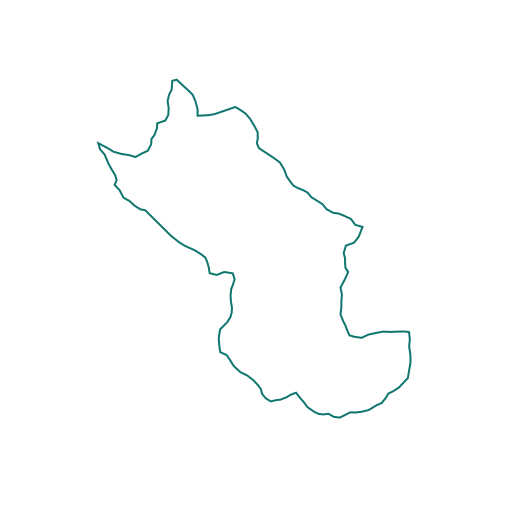 outline of Neves Paulista, São Paulo, Brazil, rotated 122°
{"feature_id": "56859067B65354392339928", "entity_name": "Neves Paulista", "entity_type": "district", "adm_level": 2, "iso_a3": "BRA", "parent_name": "Brazil", "parent_adm1": "São Paulo", "projection": "robinson", "projection_center": [-49.646, -20.875], "detail": "fine", "context": "isolated", "style": "outline", "palette": "teal", "viewbox_px": 512, "rotation_deg": 122, "n_neighbors": 0, "source": "geoboundaries", "source_scale": "gbopen_adm2", "svg_char_len": 2194}
<svg xmlns="http://www.w3.org/2000/svg" viewBox="0 0 512 512"><g transform="rotate(122 256 256)"><path d="M286.2,64.0L279.1,62.5L272.4,65.3L264.1,68.7L258.3,72.5L251.5,78.2L245.0,81.5L239.4,85.9L241.4,90.2L245.5,96.4L249.5,102.3L252.6,107.9L257.5,113.3L263.1,119.0L269.5,123.2L272.4,129.8L273.8,134.7L270.2,139.9L267.3,143.7L265.0,147.6L260.7,153.4L254.0,156.6L248.6,159.9L243.2,162.7L238.0,167.6L228.3,168.3L220.6,169.4L218.8,173.7L215.0,176.6L211.0,179.1L207.0,183.2L199.6,185.3L192.8,179.9L185.2,179.1L174.9,181.1L177.0,188.3L174.3,195.0L175.2,202.7L176.2,208.4L178.5,213.7L178.9,220.9L176.8,227.3L176.8,233.3L176.8,240.4L174.9,245.9L175.2,251.0L176.2,256.5L176.5,261.4L174.8,266.2L172.3,272.1L167.8,277.8L164.0,285.2L163.4,294.0L163.2,300.4L163.0,310.6L160.0,315.0L155.4,316.8L150.1,320.3L146.5,326.5L142.7,334.0L140.7,340.6L140.5,346.3L140.5,352.4L157.6,366.3L161.4,370.4L168.0,379.9L162.5,383.3L156.7,389.6L152.9,394.9L151.6,400.6L150.7,405.4L149.8,410.1L148.5,416.7L151.8,419.8L159.6,415.7L165.6,415.1L171.4,413.1L177.0,408.3L183.0,405.1L189.2,404.7L195.9,410.1L200.1,407.7L207.2,406.2L212.1,406.7L216.8,404.1L224.2,403.6L230.2,407.5L235.9,410.6L237.4,416.2L241.0,424.9L243.1,432.3L243.1,438.8L243.9,449.5L248.1,444.9L250.1,438.3L256.0,429.8L259.3,423.9L262.1,418.2L265.5,414.4L270.6,413.6L272.4,406.7L276.8,399.2L276.4,392.6L277.7,385.3L277.7,378.9L275.9,374.2L282.4,345.5L284.0,338.4L285.1,328.6L285.1,321.4L283.6,311.2L283.6,303.5L284.2,298.1L286.7,294.5L290.4,290.3L295.1,286.2L292.9,279.3L286.4,274.5L283.0,266.5L287.1,261.8L292.9,260.3L297.1,259.5L302.9,256.7L307.3,253.6L312.7,248.9L316.9,246.6L321.5,245.3L327.1,245.3L331.8,246.3L337.4,247.6L345.5,244.0L351.2,239.9L356.5,235.3L355.6,228.4L357.6,223.8L361.2,216.3L362.8,207.4L362.0,200.2L362.7,192.5L364.5,185.8L366.3,181.4L369.8,177.6L371.5,172.4L371.5,166.5L367.7,162.7L364.8,159.1L360.0,155.5L355.2,153.0L350.7,149.6L352.9,143.7L354.7,137.8L356.9,132.4L357.3,124.0L356.7,119.2L354.7,114.9L351.4,111.0L351.2,104.9L348.7,99.4L344.3,96.6L338.7,93.3L335.6,88.1L332.0,83.8L327.1,78.9L322.5,76.6L318.4,74.5L314.0,71.5L307.1,70.7L302.6,70.9L297.8,67.9L291.5,65.0L286.2,64.0Z" fill="none" stroke="#0f766e" stroke-width="2"/></g></svg>